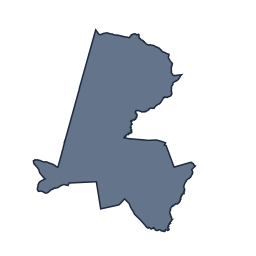 outline of Kalulushi, Copperbelt, Zambia, rotated 111°
{"feature_id": "96606910B20946814397752", "entity_name": "Kalulushi", "entity_type": "district", "adm_level": 2, "iso_a3": "ZMB", "parent_name": "Zambia", "parent_adm1": "Copperbelt", "projection": "natural_earth1", "projection_center": [27.971, -12.761], "detail": "fine", "context": "isolated", "style": "filled", "palette": "slate", "viewbox_px": 256, "rotation_deg": 111, "n_neighbors": 0, "source": "geoboundaries", "source_scale": "gbopen_adm2", "svg_char_len": 5721}
<svg xmlns="http://www.w3.org/2000/svg" viewBox="0 0 256 256"><g transform="rotate(111 128 128)"><path d="M44.5,116.2L44.7,118.7L44.4,119.3L44.5,120.0L44.2,121.6L44.5,122.0L44.4,122.3L44.5,123.1L44.1,124.0L43.4,124.5L43.4,125.3L43.1,125.7L42.7,126.6L42.7,127.3L42.6,127.1L42.3,127.3L42.4,128.4L42.0,129.6L42.2,129.8L42.2,130.4L42.3,130.9L41.8,132.8L42.0,135.2L42.4,136.1L42.3,137.2L43.2,138.5L43.2,138.9L43.0,139.7L43.2,140.3L43.2,140.8L42.4,142.2L42.3,143.1L41.6,143.8L41.8,144.5L41.4,144.6L41.0,145.2L40.9,146.1L41.1,147.2L40.2,148.6L40.2,149.7L38.3,150.7L37.4,151.0L36.9,151.3L36.7,151.8L38.0,153.2L37.5,154.7L37.6,155.4L38.1,156.1L38.1,156.4L39.7,158.0L39.8,158.3L40.6,158.1L41.6,158.8L42.3,159.0L42.8,158.9L43.3,159.1L43.5,161.8L44.0,163.1L44.0,163.8L44.2,164.4L44.2,165.1L44.5,165.4L44.3,166.5L44.5,166.7L44.6,167.1L44.5,167.8L44.7,169.2L44.9,169.7L45.2,171.8L45.6,172.3L46.0,174.6L45.9,176.3L46.5,178.1L46.5,180.7L46.9,182.2L49.0,185.5L50.2,186.3L51.1,188.5L48.0,193.3L108.7,187.6L109.1,187.2L111.1,187.2L163.0,182.2L162.8,182.4L164.5,182.3L164.6,182.0L168.6,181.6L170.3,181.3L173.3,181.1L176.2,180.7L189.6,179.4L189.7,181.4L189.1,183.1L188.8,184.6L188.9,189.6L188.8,191.7L189.0,192.6L189.5,193.4L190.0,195.2L189.9,196.3L190.0,197.3L189.8,198.1L190.2,201.0L191.2,203.6L191.5,203.5L192.3,204.4L192.7,204.6L193.1,204.2L194.5,203.5L195.6,202.3L196.0,201.0L196.8,199.9L197.3,198.4L199.0,196.3L201.6,194.2L204.8,188.5L205.1,187.0L208.6,190.1L209.9,191.1L211.0,191.5L213.6,191.6L215.2,191.0L216.8,191.0L217.7,190.7L218.0,190.1L218.5,190.0L219.3,188.9L218.1,186.7L217.9,185.3L218.1,184.7L217.8,184.3L218.1,183.9L218.4,182.0L217.8,180.6L217.1,179.8L215.8,179.0L215.5,179.0L214.6,178.3L213.2,177.6L212.5,177.0L212.1,176.2L210.6,175.4L210.1,174.0L209.4,173.2L209.2,172.6L208.7,172.1L205.5,169.7L205.2,169.2L203.9,168.0L203.7,167.5L203.2,163.5L200.4,163.1L189.5,138.3L213.3,124.5L204.0,110.4L203.0,109.0L202.0,108.4L195.4,105.8L198.1,99.9L201.3,96.9L203.8,93.6L206.2,90.9L209.3,83.7L212.6,77.2L213.5,76.0L213.9,75.2L214.3,73.3L214.1,73.1L213.5,73.0L213.4,72.2L213.5,71.6L214.1,70.4L214.0,70.1L212.9,69.0L211.8,68.4L211.9,68.0L212.6,67.7L212.7,66.4L213.3,66.0L213.5,65.7L213.3,64.1L213.0,63.5L212.1,63.0L211.7,62.0L211.7,61.1L212.1,60.2L211.5,56.7L210.7,56.4L209.8,56.8L209.3,56.5L209.1,55.6L209.4,54.8L209.5,54.2L208.8,53.5L207.7,53.4L207.0,55.0L206.5,55.4L205.6,54.9L205.4,55.2L205.1,55.3L205.1,55.0L204.8,55.3L203.9,55.1L203.5,55.3L203.4,55.1L202.7,55.0L202.3,54.6L202.1,54.9L201.9,54.7L201.3,54.8L201.3,54.7L201.1,54.9L200.6,54.9L199.6,54.3L198.9,54.1L198.3,54.2L197.6,53.9L197.7,54.1L197.4,54.5L195.5,55.6L195.5,56.1L194.9,56.3L194.2,57.0L193.4,57.4L193.1,57.7L193.1,58.0L191.9,58.9L190.6,59.0L189.7,58.8L189.2,59.1L188.2,59.2L188.0,59.5L186.1,59.1L185.4,58.6L185.0,58.8L184.6,58.1L184.3,58.2L184.2,58.1L184.1,57.5L183.5,57.4L182.0,56.5L181.9,56.1L181.6,56.0L181.4,55.5L181.0,55.2L181.2,54.8L180.9,54.7L180.8,54.4L180.0,54.2L179.4,53.7L179.2,53.8L178.8,53.4L178.0,53.2L177.5,53.5L177.3,53.3L176.0,53.5L175.6,53.2L175.0,54.0L174.7,54.0L174.5,53.7L173.4,53.7L173.2,54.1L172.7,54.1L171.7,53.4L171.3,53.7L170.3,53.6L169.9,53.0L169.4,53.1L169.2,52.2L168.7,52.2L167.0,53.2L166.5,52.7L166.2,52.8L166.0,53.1L164.9,53.1L164.3,53.8L163.0,54.9L160.3,55.2L157.7,54.9L157.3,54.7L155.8,54.7L153.8,53.6L153.1,52.7L152.5,52.6L151.5,52.0L151.1,52.2L150.5,51.8L149.8,51.9L147.8,51.4L147.7,51.6L146.6,51.6L145.4,52.2L144.6,53.0L144.4,53.4L143.9,53.6L139.3,51.5L139.1,52.8L137.9,54.3L137.4,56.9L148.0,71.0L130.7,86.2L130.9,88.0L128.4,87.6L128.4,88.1L128.5,92.2L129.0,97.2L132.4,104.9L133.0,107.4L137.5,122.9L138.6,128.2L138.5,128.3L138.1,127.8L137.6,128.1L137.3,128.0L137.2,127.7L136.7,127.8L136.7,127.6L137.0,127.4L136.7,127.3L136.6,127.0L135.5,127.2L135.1,126.8L134.4,126.7L134.0,126.1L134.1,125.7L133.8,125.6L133.8,125.3L133.6,125.3L133.7,125.6L133.4,125.3L133.3,125.2L133.1,125.3L133.2,125.1L132.7,124.7L132.6,124.4L131.9,124.4L131.6,124.0L131.3,123.7L131.6,123.6L131.4,123.2L131.1,123.1L130.8,123.3L130.5,123.0L129.9,123.3L130.0,123.5L129.9,123.6L130.0,123.8L129.7,124.3L129.6,124.1L129.2,124.2L128.5,123.9L127.9,124.5L127.2,125.5L126.5,125.3L126.3,126.2L125.6,125.9L124.1,126.2L123.5,125.9L123.1,125.5L122.9,125.5L122.7,126.4L121.8,126.7L120.6,127.6L120.8,127.7L120.7,127.9L120.2,127.6L120.3,127.1L120.1,127.0L119.8,127.2L119.7,126.5L118.6,126.2L118.3,125.0L117.5,125.1L117.5,124.4L117.2,124.1L115.7,124.2L115.3,123.7L114.5,123.9L114.0,124.4L113.6,124.3L113.5,124.0L112.8,124.1L112.8,124.3L112.2,124.5L111.7,125.2L111.8,125.8L111.6,126.1L111.4,126.0L111.1,126.3L111.1,126.1L110.9,126.1L109.7,126.8L109.0,126.8L108.9,126.5L108.6,126.4L108.3,125.1L107.9,124.3L108.1,123.6L107.9,123.0L108.1,120.8L107.8,120.6L107.4,119.6L107.4,119.2L107.0,118.8L107.1,118.7L106.8,118.4L106.8,117.8L106.6,117.7L106.3,117.3L105.9,117.3L105.6,116.8L104.8,116.2L104.6,115.8L103.4,115.3L103.2,115.0L102.5,115.1L101.5,114.3L101.1,113.4L100.8,111.8L100.4,111.4L100.2,110.7L99.4,110.8L97.8,110.0L96.8,109.8L96.3,109.4L96.0,108.9L95.0,108.3L94.0,107.2L93.5,107.0L93.2,107.0L92.0,106.5L91.4,106.6L90.5,106.2L88.9,106.1L88.2,105.8L87.6,105.9L86.6,105.5L86.6,105.0L86.0,105.1L85.8,104.4L85.9,103.7L85.5,103.4L85.3,102.1L84.9,102.1L83.5,100.3L83.0,99.9L82.6,99.9L82.1,99.4L81.4,99.6L80.9,99.3L80.2,99.3L79.2,100.1L78.4,100.3L78.0,100.9L77.6,101.1L76.2,101.3L73.9,102.2L73.3,102.2L71.2,101.7L70.8,102.0L69.2,102.1L67.4,100.4L66.7,99.9L66.2,99.3L64.7,98.5L62.0,97.8L60.7,97.8L59.1,97.1L62.2,103.0L62.6,104.1L62.5,104.9L61.0,107.1L60.4,107.7L60.0,107.6L58.4,108.2L57.0,109.0L55.9,109.1L55.6,109.4L53.7,109.3L53.0,109.5L52.1,109.5L51.6,110.0L50.4,112.7L49.2,113.8L48.1,115.5L47.0,115.8L46.0,115.7L44.5,116.2Z" fill="#64748b" stroke="#1e293b" stroke-width="1.5"/></g></svg>